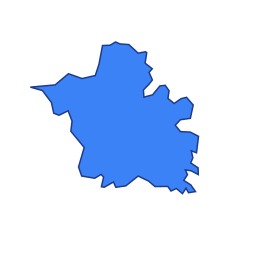 the district of Shurchi, Surkhandarya, Uzbekistan, rotated 143°
{"feature_id": "79887680B75578252058464", "entity_name": "Shurchi", "entity_type": "district", "adm_level": 2, "iso_a3": "UZB", "parent_name": "Uzbekistan", "parent_adm1": "Surkhandarya", "projection": "robinson", "projection_center": [67.865, 37.956], "detail": "fine", "context": "isolated", "style": "filled", "palette": "blue", "viewbox_px": 256, "rotation_deg": 143, "n_neighbors": 0, "source": "geoboundaries", "source_scale": "gbopen_adm2", "svg_char_len": 1016}
<svg xmlns="http://www.w3.org/2000/svg" viewBox="0 0 256 256"><g transform="rotate(143 128 128)"><path d="M124.0,42.8L117.9,45.0L118.6,39.9L112.4,36.6L112.1,44.8L115.0,52.6L108.6,54.9L107.4,60.0L103.3,55.8L99.9,48.5L96.0,54.0L98.9,62.3L94.1,65.2L91.2,71.7L88.2,67.0L76.7,78.9L80.7,87.2L88.3,93.6L88.6,101.8L81.2,103.1L72.4,98.2L62.1,107.1L62.8,117.3L68.0,119.5L76.4,119.8L78.3,127.6L72.8,133.0L72.6,139.7L77.2,142.4L88.4,139.7L96.7,143.1L92.8,149.1L84.9,150.3L79.6,151.7L77.7,159.8L73.0,160.7L75.3,169.5L67.7,176.9L68.2,178.4L74.9,181.7L77.1,194.1L83.8,200.0L86.2,204.2L92.5,204.9L98.7,209.2L112.8,196.4L122.5,189.6L134.9,195.1L142.9,207.2L160.3,206.3L181.4,219.4L173.8,209.4L173.8,194.5L178.4,184.5L175.4,179.7L165.5,177.8L168.5,167.2L175.6,159.8L174.7,138.8L191.0,126.6L193.9,117.5L184.8,107.9L177.4,107.1L177.0,103.5L184.6,97.1L182.6,95.0L172.1,93.6L173.4,88.0L164.6,83.1L148.8,83.5L143.5,73.2L141.7,65.0L131.4,57.4L131.6,51.8L125.8,50.6L124.0,42.8Z" fill="#3b82f6" stroke="#1e3a8a" stroke-width="1.5"/></g></svg>